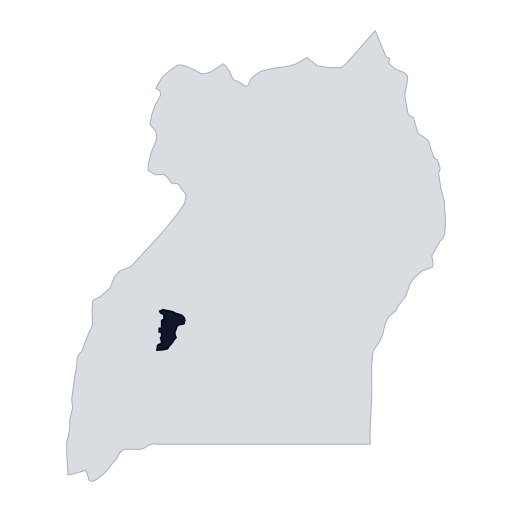 location of Kyegegwa within Uganda
{"feature_id": "UGA-5611", "entity_name": "Kyegegwa", "entity_type": "District", "adm_level": 1, "iso_a3": "UGA", "parent_name": "Uganda", "parent_adm1": "", "projection": "robinson", "projection_center": [31.032, 0.442], "detail": "fine", "context": "in_parent", "style": "filled", "palette": "ink", "viewbox_px": 512, "rotation_deg": 0, "n_neighbors": 0, "source": "natural_earth", "source_scale": "10m", "svg_char_len": 2894}
<svg xmlns="http://www.w3.org/2000/svg" viewBox="0 0 512 512"><path d="M370.2,444.2L362.6,444.2L350.2,444.2L337.7,444.2L325.3,444.2L312.9,444.2L300.4,444.2L288.0,444.2L275.6,444.2L263.1,444.2L250.7,444.2L238.3,444.2L225.9,444.2L213.4,444.2L201.0,444.2L188.6,444.2L176.1,444.2L163.7,444.2L156.4,444.2L154.9,444.0L153.9,443.7L149.2,444.7L144.3,448.1L139.2,449.6L133.6,449.0L133.0,449.4L130.2,449.3L126.1,449.1L122.5,450.0L119.7,453.0L116.9,458.2L111.8,464.2L107.8,469.5L104.4,473.3L96.6,479.5L92.4,481.3L90.3,481.0L89.0,479.8L86.6,471.9L85.1,470.6L70.0,474.7L67.7,474.8L67.9,472.3L66.8,453.7L66.7,442.3L68.6,435.1L69.8,426.9L69.9,419.6L72.7,407.3L71.6,399.9L75.2,373.9L76.1,369.7L77.5,357.1L79.8,353.2L81.7,351.7L84.3,344.0L89.3,331.7L92.7,325.4L92.0,311.5L92.5,302.1L93.3,300.0L100.6,296.5L110.1,287.8L114.1,277.6L119.7,271.0L130.7,266.8L163.2,231.6L178.3,212.7L184.9,203.0L185.1,199.5L186.4,194.9L183.7,191.4L180.6,188.1L179.5,185.1L176.8,183.6L173.0,183.7L170.4,181.5L167.5,177.3L164.6,174.6L155.3,174.8L148.2,170.5L148.3,164.5L151.1,152.8L156.5,139.5L156.8,135.8L156.0,132.6L154.7,129.9L152.3,127.2L150.0,124.0L151.8,114.4L155.2,105.0L158.0,100.2L160.7,95.0L159.9,90.6L155.9,88.5L158.0,84.3L162.3,77.1L170.6,69.9L177.9,65.1L182.7,65.1L192.2,68.9L200.8,73.5L205.5,73.7L211.2,71.8L223.0,63.8L225.8,66.3L229.3,71.2L233.0,79.2L240.5,82.9L244.0,85.4L246.6,86.2L248.0,85.5L250.8,79.2L254.2,75.8L260.6,71.4L274.5,68.0L284.4,66.9L288.6,66.2L295.7,64.1L306.8,57.6L317.7,66.0L329.6,67.6L341.2,67.6L344.7,65.0L346.7,63.1L358.8,49.3L375.1,30.7L386.1,56.9L389.8,58.5L389.3,60.8L388.4,63.0L395.5,69.3L404.3,72.6L407.4,75.8L407.7,79.3L404.8,94.7L405.3,99.0L408.2,114.4L413.4,117.8L418.1,133.3L427.4,139.9L428.8,141.7L431.0,149.2L433.8,157.4L436.1,159.3L437.5,159.8L440.2,168.5L438.6,173.4L440.8,188.3L444.3,201.6L445.3,217.5L445.3,224.4L445.2,228.7L444.4,234.8L442.8,238.3L439.8,241.6L436.5,247.0L433.6,252.7L431.8,255.5L433.2,264.1L432.8,266.3L432.1,267.4L427.8,268.7L422.4,271.0L419.1,273.3L414.4,277.7L410.7,282.4L405.7,296.2L397.5,307.0L396.1,310.5L388.3,317.0L384.8,324.9L382.7,334.6L379.6,341.6L373.1,351.1L371.6,366.2L371.7,396.4L370.0,430.7L370.2,444.2Z" fill="#d9dde1" stroke="#a8b0b8" stroke-width="1"/><path d="M167.8,348.5L167.3,348.9L162.3,349.9L156.9,350.2L157.5,345.7L158.4,344.5L160.9,343.9L161.6,342.4L161.2,340.1L160.4,338.1L161.5,336.4L161.6,333.3L160.8,332.2L159.1,332.1L159.2,328.3L161.6,328.1L161.6,320.9L162.3,319.8L163.9,319.6L163.9,314.8L162.7,314.1L160.4,312.8L159.6,311.1L161.0,310.7L162.8,309.6L166.7,310.5L169.8,311.0L173.1,311.9L176.3,313.6L178.2,313.9L179.8,314.9L181.1,314.8L182.2,315.6L184.0,317.5L184.9,320.0L184.7,321.2L184.2,322.4L184.3,323.4L183.3,324.0L178.4,325.0L176.9,326.5L176.2,329.1L174.9,331.8L175.0,334.9L175.6,336.2L176.1,337.6L175.3,338.6L174.3,339.5L172.8,342.0L171.1,344.2L169.1,346.0L167.8,348.5Z" fill="#0f172a" stroke="#020617" stroke-width="1.5"/></svg>